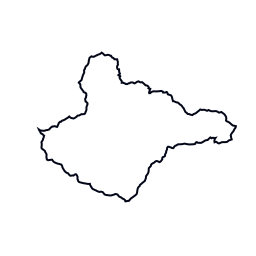 outline of Martshala, Samdrup Jongkhar, Bhutan, rotated 228°
{"feature_id": "84629894B7321058523370", "entity_name": "Martshala", "entity_type": "district", "adm_level": 2, "iso_a3": "BTN", "parent_name": "Bhutan", "parent_adm1": "Samdrup Jongkhar", "projection": "equal_earth", "projection_center": [91.734, 26.99], "detail": "fine", "context": "isolated", "style": "outline", "palette": "ink", "viewbox_px": 256, "rotation_deg": 228, "n_neighbors": 0, "source": "geoboundaries", "source_scale": "gbopen_adm2", "svg_char_len": 5801}
<svg xmlns="http://www.w3.org/2000/svg" viewBox="0 0 256 256"><g transform="rotate(228 128 128)"><path d="M57.2,209.4L59.9,207.5L63.3,207.1L65.0,206.8L66.6,206.0L67.9,205.8L69.3,207.4L70.5,208.3L71.9,208.6L73.8,208.8L77.4,208.1L78.5,205.9L80.1,205.5L81.7,204.7L83.7,202.2L84.8,201.1L86.6,200.2L87.5,199.9L87.8,198.4L89.4,197.5L90.3,197.1L92.3,194.7L93.4,194.1L93.4,192.2L93.5,191.0L93.6,188.7L93.7,187.9L94.4,186.2L94.5,185.8L94.5,184.5L96.3,183.2L97.1,183.0L97.8,182.4L98.3,181.9L98.7,181.7L99.8,181.8L101.3,181.4L103.7,182.0L105.4,182.6L106.3,182.5L108.4,182.8L109.8,182.7L110.4,182.4L111.9,182.3L112.1,182.2L113.1,182.2L114.0,181.8L114.5,181.2L117.2,180.0L117.7,179.7L117.9,179.4L122.1,181.6L123.3,181.8L124.3,181.4L126.0,180.3L126.5,180.2L126.8,180.5L128.8,180.9L129.0,180.7L129.2,179.9L130.2,178.5L130.9,177.8L131.8,178.2L133.2,177.6L134.9,175.2L136.7,173.0L138.3,171.4L138.8,170.3L138.9,169.8L139.1,169.3L139.0,168.0L139.3,167.4L139.7,167.1L140.4,167.5L140.5,167.9L141.1,168.7L141.5,169.3L141.7,170.1L142.0,170.4L142.2,170.7L142.7,170.2L143.7,169.8L143.8,170.2L144.1,170.6L145.1,170.8L146.0,170.8L146.9,170.5L147.6,170.0L148.0,169.6L148.9,169.6L152.5,169.2L153.9,167.6L155.7,167.0L156.3,165.5L156.5,163.8L156.7,162.8L157.2,162.5L158.4,162.1L159.4,161.3L159.7,160.9L160.2,160.0L160.2,159.2L160.8,158.4L161.1,156.9L162.0,155.9L163.0,155.5L163.5,155.5L164.0,155.0L165.0,154.7L165.8,153.6L167.0,154.7L169.9,155.0L170.3,155.1L171.1,155.5L171.6,156.9L172.2,156.9L173.2,156.2L173.7,156.2L173.5,157.7L173.9,158.5L174.8,158.5L175.7,159.2L176.3,159.4L177.3,160.5L177.6,160.6L177.7,160.3L178.7,159.7L179.7,160.0L180.6,160.6L181.1,161.2L181.5,162.0L181.7,162.9L182.6,163.4L183.7,164.5L184.4,165.0L185.1,165.2L186.3,165.9L186.7,165.5L188.2,163.9L189.8,164.0L191.0,163.4L192.1,163.5L192.7,163.7L193.1,163.7L193.5,163.2L194.6,162.9L195.4,162.4L196.0,161.9L196.6,160.7L197.1,159.9L197.7,159.3L200.2,159.2L201.2,158.8L201.6,158.8L201.7,157.0L201.9,156.4L202.1,155.8L202.6,154.6L203.2,152.5L203.5,151.5L203.6,150.8L203.9,150.2L204.5,149.5L205.7,148.8L205.8,147.2L205.9,146.7L205.8,146.2L204.3,143.9L203.8,143.6L203.5,143.0L202.6,142.0L202.0,140.2L201.9,139.2L202.0,138.0L201.5,136.7L201.3,136.3L200.7,135.5L200.7,134.9L200.2,133.9L198.5,132.5L198.2,131.8L197.4,129.9L195.6,126.8L195.1,126.2L194.7,125.3L194.8,122.1L194.6,121.7L194.0,121.8L192.7,121.8L192.1,121.6L191.2,120.8L189.9,119.9L188.7,119.7L188.0,119.7L187.0,119.5L185.4,119.5L184.5,119.1L183.6,119.3L183.1,119.8L182.1,120.0L181.4,119.9L180.0,118.8L179.7,118.1L179.3,117.8L178.9,117.4L178.6,116.4L178.1,115.4L176.1,114.2L175.4,114.5L174.3,114.4L173.6,114.5L172.9,114.0L172.4,113.3L172.4,113.0L172.0,112.3L171.3,111.1L170.5,110.3L169.8,109.8L169.0,108.8L168.4,107.4L167.8,106.4L167.5,105.5L167.8,104.6L168.3,103.9L169.4,102.7L170.0,100.1L170.9,98.8L170.8,96.9L171.2,94.7L171.5,93.9L173.6,92.4L174.7,92.1L175.9,92.0L175.9,90.1L176.4,87.8L176.5,86.8L177.1,84.8L177.5,84.2L177.6,83.3L177.5,82.9L177.5,82.2L178.1,81.7L178.0,79.8L177.5,79.0L177.0,78.0L176.6,76.9L176.2,76.2L176.5,75.8L178.4,74.8L179.1,73.5L179.8,72.8L179.7,72.2L180.0,71.2L179.7,68.3L180.1,67.5L180.3,66.9L181.2,65.7L181.5,64.8L181.7,64.3L182.7,63.1L184.4,61.6L185.2,61.1L186.5,60.8L185.3,60.4L184.0,60.4L183.0,59.8L181.9,59.8L181.0,60.3L178.3,60.5L178.0,59.7L177.2,58.7L176.9,57.9L176.3,57.0L176.0,56.5L175.4,54.2L173.9,53.3L171.1,50.4L170.1,50.2L167.5,50.8L166.2,50.8L165.4,50.4L163.4,50.0L162.7,49.7L161.9,48.8L160.6,47.6L160.0,47.3L159.6,47.2L158.9,46.6L158.5,46.8L157.5,47.1L155.4,50.3L155.1,50.4L154.1,50.2L152.6,50.2L151.8,50.4L150.3,51.0L148.4,52.0L147.1,53.0L146.0,53.6L145.6,53.9L144.8,53.9L144.0,53.7L142.5,52.9L139.8,52.3L137.8,52.1L136.7,52.2L135.4,52.6L134.6,53.1L131.8,53.0L131.0,53.3L129.8,55.1L129.1,55.7L129.1,56.2L129.1,57.0L128.6,58.2L128.4,58.4L127.3,58.4L125.6,57.9L123.7,56.2L123.1,56.0L122.6,56.0L122.0,55.5L121.2,55.4L120.2,55.7L116.6,58.1L114.7,59.7L113.4,60.6L112.0,62.3L111.0,61.7L110.0,61.6L109.2,61.2L108.5,61.3L107.3,60.9L106.4,61.0L105.4,61.4L103.8,62.0L103.0,62.5L102.1,62.7L100.4,63.5L99.6,64.0L98.7,65.4L97.3,66.3L95.0,66.2L94.4,66.1L94.0,66.3L92.6,67.1L91.9,67.9L91.0,68.5L89.8,69.6L89.2,70.3L88.5,71.7L87.8,73.1L87.5,74.3L87.0,74.8L86.3,75.3L85.5,75.7L83.1,75.5L81.0,76.4L80.3,76.6L79.6,76.6L78.5,77.0L78.0,77.3L76.8,77.5L75.7,77.5L75.4,77.0L75.2,77.0L74.0,78.9L73.6,79.8L73.3,79.9L73.4,80.3L73.4,81.0L73.7,82.8L73.1,88.2L73.1,90.1L73.9,91.5L74.9,92.6L76.2,94.3L76.8,95.3L77.1,96.4L77.0,97.5L77.1,97.8L77.5,98.4L77.7,99.1L77.6,100.0L77.6,101.3L77.5,103.8L77.4,105.1L77.9,106.0L78.5,107.3L80.2,109.3L80.7,111.9L81.4,113.5L82.5,114.9L83.5,115.8L84.2,116.6L84.3,117.3L84.4,119.0L84.5,119.6L85.2,120.5L85.4,121.2L85.4,121.7L85.1,122.7L85.1,123.4L84.8,124.2L84.8,126.1L84.6,126.6L84.1,127.4L82.6,128.2L81.5,128.6L81.3,130.0L81.4,130.8L81.8,132.5L82.8,133.4L83.1,134.2L82.4,136.1L82.5,136.8L83.6,138.0L83.8,138.4L84.2,139.8L85.0,140.6L85.2,140.9L85.8,142.3L86.7,143.4L87.1,143.9L87.3,144.6L87.3,145.2L87.0,145.6L86.2,146.1L85.7,146.3L85.1,146.8L84.3,147.0L83.5,147.5L82.9,147.9L82.8,148.3L82.8,148.7L83.2,150.1L83.2,151.1L82.9,151.7L82.4,154.2L80.4,156.6L79.6,157.7L79.0,158.8L78.5,159.6L78.0,160.0L76.7,160.9L74.8,162.5L71.8,166.2L71.3,167.2L71.3,167.6L71.8,168.4L71.7,169.3L71.4,169.7L70.5,169.9L70.1,170.2L68.2,172.2L67.7,173.4L67.6,174.1L67.4,174.9L67.1,176.8L66.9,177.5L65.8,179.1L65.9,181.9L65.9,182.7L65.8,183.0L64.8,183.1L64.4,183.3L64.1,184.3L63.8,184.7L62.9,185.3L62.3,185.9L62.1,186.3L61.9,185.5L61.2,184.3L60.6,183.5L59.5,182.8L59.4,183.1L58.8,184.2L58.1,184.5L57.3,184.6L56.6,184.8L55.9,185.1L55.6,185.4L54.8,187.8L54.4,188.6L52.3,190.9L51.5,192.2L51.3,193.0L51.3,194.5L50.1,197.4L51.6,198.1L52.9,198.9L53.7,199.3L54.3,200.4L54.8,202.2L55.0,204.0L55.9,206.2L56.2,207.7L56.6,208.7L57.2,209.4Z" fill="none" stroke="#020617" stroke-width="2"/></g></svg>